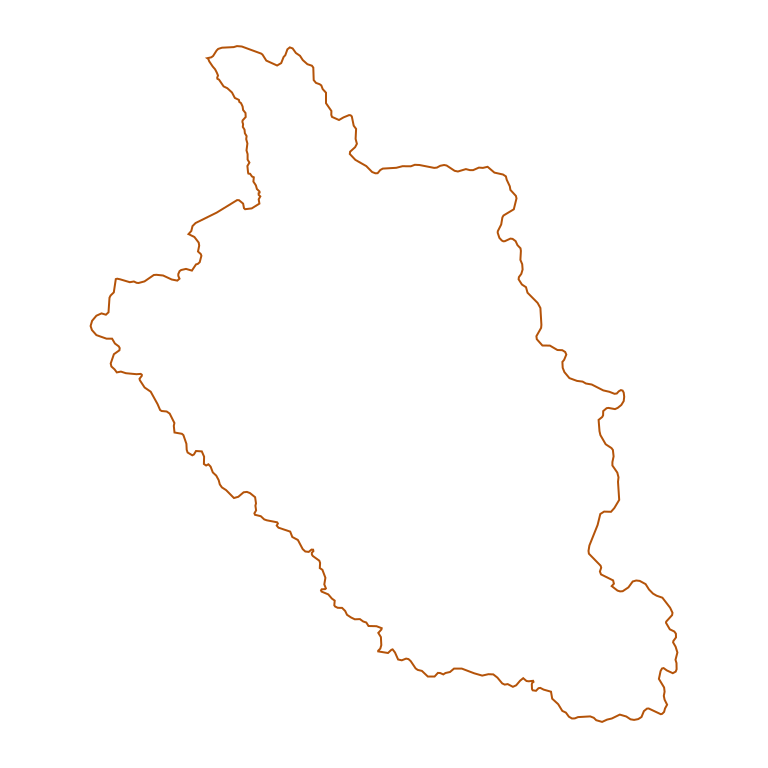 Churcampa, Huancavelica, Peru
{"feature_id": "86281439B50085873664209", "entity_name": "Churcampa", "entity_type": "district", "adm_level": 2, "iso_a3": "PER", "parent_name": "Peru", "parent_adm1": "Huancavelica", "projection": "albers", "projection_center": [-74.502, -12.598], "detail": "fine", "context": "isolated", "style": "outline", "palette": "amber", "viewbox_px": 768, "rotation_deg": 0, "n_neighbors": 0, "source": "geoboundaries", "source_scale": "gbopen_adm2", "svg_char_len": 6077}
<svg xmlns="http://www.w3.org/2000/svg" viewBox="0 0 768 768"><path d="M619.8,714.6L626.3,716.5L630.5,719.3L634.1,719.9L638.2,719.1L641.5,717.0L643.9,711.1L647.0,708.6L648.7,708.5L660.8,714.2L662.2,713.8L664.1,711.9L665.0,708.5L667.1,704.7L664.6,699.7L663.8,695.9L664.6,691.7L664.1,687.5L658.9,678.9L660.6,671.0L662.0,668.5L663.6,668.1L666.8,670.4L672.8,673.2L675.7,671.6L676.6,669.3L676.5,663.1L675.5,659.8L677.4,652.5L675.6,646.7L673.1,642.4L673.4,640.9L676.0,637.4L675.9,633.7L674.3,631.5L669.8,629.3L666.0,622.8L666.2,621.6L672.1,615.1L672.5,612.8L670.1,607.7L662.4,597.7L656.6,595.7L653.0,593.6L649.0,589.5L645.6,584.1L639.7,580.9L636.2,580.5L632.7,581.5L628.4,587.4L622.7,591.2L620.1,591.4L617.5,590.6L611.7,586.1L613.9,583.7L613.1,580.4L601.0,574.4L599.9,571.5L601.2,567.7L600.6,565.7L588.9,553.7L588.5,550.9L589.4,545.5L597.6,525.0L600.3,514.0L604.1,511.6L611.0,511.8L614.3,508.1L619.2,499.9L618.0,481.8L618.5,477.3L617.3,472.6L612.4,465.5L612.4,462.1L613.6,456.4L612.9,450.0L611.5,448.1L605.7,444.3L600.4,435.1L599.5,431.2L598.6,419.9L602.2,417.0L603.1,415.3L603.2,411.1L606.6,408.2L608.4,407.9L615.0,409.1L617.7,407.9L621.3,405.0L623.7,401.1L624.2,396.8L623.7,392.6L622.6,390.6L620.9,390.1L618.8,391.3L616.8,393.5L614.5,393.8L609.4,391.8L603.3,390.4L591.7,384.5L585.9,383.5L582.6,381.6L577.0,380.9L569.4,378.1L564.4,372.1L562.7,367.8L562.4,361.9L564.1,359.9L566.3,354.6L565.2,352.0L562.3,350.2L557.4,350.0L549.9,345.6L542.4,345.5L536.8,339.2L536.4,336.2L541.1,327.9L541.4,324.9L540.4,308.0L537.6,302.9L527.5,292.7L526.0,287.2L521.9,284.5L518.6,279.3L518.9,277.1L521.3,273.9L522.6,269.5L522.2,264.2L520.4,259.9L520.9,250.9L520.5,248.3L517.5,245.2L515.6,241.1L512.6,238.9L510.4,238.6L504.8,241.2L503.3,241.3L501.8,240.5L499.4,237.9L497.7,232.8L497.8,231.2L501.2,224.5L502.4,217.4L503.5,215.5L513.8,209.3L516.5,198.4L515.9,195.9L510.4,189.9L509.8,186.3L506.7,179.7L505.9,176.4L503.0,174.5L494.4,172.6L487.6,166.8L482.9,167.9L478.9,167.6L473.2,170.1L469.8,170.1L465.9,169.1L457.9,171.5L454.6,170.8L446.6,165.5L444.1,165.0L440.2,165.8L436.9,167.6L434.2,167.9L419.4,165.0L414.8,164.8L410.8,166.3L402.5,166.2L396.3,167.8L382.8,168.6L380.3,170.0L377.6,173.2L375.4,173.3L372.1,172.0L366.3,166.1L355.4,159.9L349.8,154.0L350.1,151.7L355.1,147.2L356.9,143.8L355.6,138.9L356.1,128.9L353.7,125.7L351.8,116.4L350.6,115.3L349.1,115.1L343.5,117.4L339.0,120.0L332.0,116.9L331.3,114.9L331.4,111.0L326.0,103.2L326.0,92.7L322.7,89.1L321.3,85.4L319.6,84.2L316.0,82.9L313.7,80.1L313.3,67.6L311.9,65.7L307.4,64.2L302.8,60.1L300.0,55.8L295.9,53.0L292.6,48.4L289.8,47.4L287.4,49.3L285.3,55.2L283.6,57.0L281.2,63.1L277.1,65.5L266.3,60.6L262.5,54.6L261.2,53.6L241.8,46.5L237.0,46.1L233.7,47.1L222.0,47.7L218.2,48.9L216.6,50.5L213.1,56.0L211.3,57.3L207.3,58.2L208.3,58.9L209.2,61.3L212.7,66.5L215.1,69.3L216.8,72.6L218.0,75.5L217.2,77.7L217.4,78.8L219.0,79.6L223.6,86.4L227.3,88.2L232.0,92.5L234.8,97.9L238.9,99.9L239.3,101.9L241.0,103.1L242.6,106.5L243.1,110.0L245.5,113.0L245.7,117.0L242.6,120.4L242.4,121.9L243.1,124.2L242.8,126.9L244.5,129.6L244.9,133.3L246.6,136.1L246.2,139.1L247.4,143.5L246.5,150.4L247.6,154.1L247.6,159.6L249.4,162.6L247.4,166.0L248.1,172.8L248.4,173.6L250.1,173.8L252.0,176.5L253.8,177.3L253.4,181.6L255.9,185.4L256.9,189.0L259.5,191.5L259.6,192.6L258.6,193.2L258.7,194.9L260.3,196.4L258.7,199.3L259.4,203.6L251.7,208.4L245.1,209.2L244.0,208.2L243.1,203.6L239.0,200.2L237.1,200.1L216.7,212.6L195.6,223.0L192.5,226.1L191.3,231.0L188.5,234.1L194.4,237.0L198.7,242.6L199.2,245.6L198.0,251.5L200.8,254.1L201.4,255.8L199.7,262.2L197.8,263.9L196.0,264.4L191.9,270.6L186.0,268.9L181.2,270.0L179.6,271.1L178.3,274.0L178.3,275.9L179.5,278.7L177.3,280.6L171.7,279.5L163.1,275.5L156.4,274.8L153.8,275.0L144.5,281.4L138.5,283.0L136.6,282.8L133.9,281.5L129.8,282.2L120.1,279.3L117.2,278.7L115.8,279.1L113.8,292.4L110.6,295.5L109.5,297.7L108.5,312.3L105.9,314.7L101.5,313.4L96.4,315.7L92.1,320.8L90.6,326.0L91.9,330.0L96.4,335.1L106.6,338.7L112.1,338.7L114.9,343.5L118.8,346.4L119.7,348.1L119.4,350.3L113.9,354.2L110.7,363.5L111.4,366.5L114.6,369.4L116.8,372.4L120.9,371.6L125.9,373.2L136.5,374.2L140.7,373.9L141.8,374.7L141.8,375.8L139.5,378.8L139.9,380.3L144.6,387.5L150.7,391.7L157.6,404.2L160.1,410.0L161.6,411.0L166.7,411.5L169.7,413.6L174.4,423.0L173.8,425.9L174.5,432.5L181.9,433.8L183.4,435.1L186.4,443.8L186.7,449.8L187.6,452.5L192.3,455.3L193.9,454.5L196.0,451.0L201.8,451.4L204.1,456.7L203.9,464.0L206.1,465.5L208.4,464.3L210.6,466.6L212.8,472.4L216.3,475.7L218.7,480.2L219.8,484.4L221.9,487.4L226.1,490.1L233.9,498.0L238.3,496.8L243.6,492.3L246.9,491.9L250.0,493.1L255.1,497.2L256.0,503.4L255.4,505.7L256.1,510.4L254.4,513.3L255.0,514.8L260.8,516.2L264.2,519.4L266.8,520.3L277.1,522.3L277.9,523.5L276.7,525.6L278.5,527.7L290.2,531.6L292.3,537.0L297.9,540.0L302.7,549.1L305.3,551.5L308.7,551.9L311.5,549.6L313.1,549.7L313.4,551.1L311.8,552.8L311.9,554.6L312.8,556.0L319.3,560.7L320.1,562.9L319.8,568.1L322.4,569.8L325.4,577.8L324.3,584.4L325.9,588.4L325.2,589.1L321.7,589.3L321.0,590.4L321.6,591.6L328.3,594.4L331.9,598.6L334.7,600.6L334.3,605.3L335.1,606.5L337.7,607.8L342.1,607.9L345.2,611.0L347.0,614.8L351.1,617.5L354.8,619.3L359.9,619.1L363.2,621.5L366.3,622.5L368.5,626.0L376.5,626.2L381.7,628.2L381.4,629.5L378.3,632.9L380.9,637.1L381.3,645.1L380.3,648.6L378.2,650.7L378.2,651.4L388.0,653.0L391.4,649.8L392.6,649.4L395.0,652.5L398.1,659.5L401.8,660.3L406.1,658.6L408.5,659.1L410.7,661.1L415.6,668.4L417.7,669.9L421.9,670.9L427.8,676.5L434.6,676.5L437.9,672.9L440.1,673.0L443.3,674.4L445.5,673.0L450.0,672.0L454.0,668.6L461.8,668.6L474.2,673.3L482.2,675.6L488.4,674.2L493.3,674.4L497.4,677.6L502.2,683.4L504.7,684.6L507.7,684.1L512.9,686.8L516.2,685.3L520.1,680.7L523.2,678.2L526.5,681.0L528.7,681.3L533.1,680.8L533.5,681.9L532.2,682.9L531.8,684.3L532.0,689.0L532.7,690.3L536.0,690.8L538.5,688.2L540.3,687.9L543.6,689.6L551.0,691.7L552.2,698.7L558.2,704.2L562.3,710.9L565.9,712.6L568.9,716.7L572.0,718.5L574.8,718.4L578.0,717.1L590.2,716.4L593.8,717.8L596.2,720.2L602.1,721.9L607.1,719.6L611.8,718.5L619.8,714.6Z" fill="none" stroke="#b45309" stroke-width="2"/></svg>